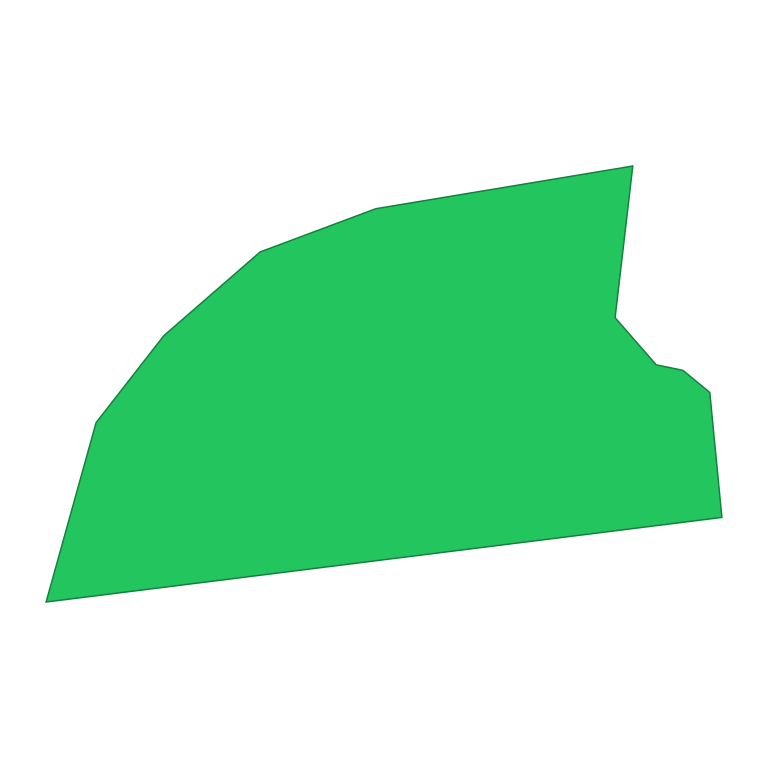 map outline of Littoral (Equal Earth projection)
{"feature_id": "BEN-2175", "entity_name": "Littoral", "entity_type": "Department", "adm_level": 1, "iso_a3": "BEN", "parent_name": "Benin", "parent_adm1": "", "projection": "equal_earth", "projection_center": [2.438, 6.366], "detail": "fine", "context": "isolated", "style": "filled", "palette": "green", "viewbox_px": 768, "rotation_deg": 0, "n_neighbors": 0, "source": "natural_earth", "source_scale": "10m", "svg_char_len": 274}
<svg xmlns="http://www.w3.org/2000/svg" viewBox="0 0 768 768"><path d="M721.9,517.4L46.1,602.0L96.1,422.6L163.9,335.6L260.2,251.9L375.8,208.7L632.8,166.0L615.1,317.7L656.2,364.8L683.0,370.4L709.8,392.5L721.9,517.4Z" fill="#22c55e" stroke="#15803d" stroke-width="1.5"/></svg>